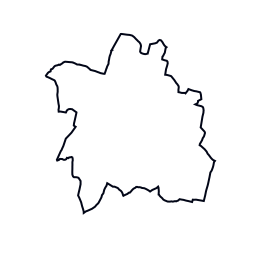 Kahama Township Authority, Shinyanga, United Republic of Tanzania, rotated 194°
{"feature_id": "72390352B16659808480234", "entity_name": "Kahama Township Authority", "entity_type": "district", "adm_level": 2, "iso_a3": "TZA", "parent_name": "United Republic of Tanzania", "parent_adm1": "Shinyanga", "projection": "natural_earth1", "projection_center": [32.63, -3.838], "detail": "fine", "context": "isolated", "style": "outline", "palette": "ink", "viewbox_px": 256, "rotation_deg": 194, "n_neighbors": 0, "source": "geoboundaries", "source_scale": "gbopen_adm2", "svg_char_len": 5400}
<svg xmlns="http://www.w3.org/2000/svg" viewBox="0 0 256 256"><g transform="rotate(194 128 128)"><path d="M35.7,117.1L36.5,117.3L37.6,117.5L39.0,118.2L39.9,118.8L40.5,119.2L41.9,120.4L42.3,120.7L43.0,121.3L44.5,122.3L46.0,124.1L48.6,126.0L49.8,126.6L53.0,128.3L54.3,128.6L54.4,129.9L53.2,134.0L53.0,136.2L52.7,137.1L52.3,138.0L52.2,139.1L52.1,141.7L52.3,142.3L52.7,142.8L53.3,143.3L54.7,144.2L57.6,146.1L58.5,157.1L58.5,160.8L58.6,161.6L58.8,162.6L58.9,163.5L59.3,164.4L59.7,165.4L60.2,166.2L60.9,166.6L62.1,166.9L66.5,166.9L67.3,167.0L68.4,167.2L67.3,168.1L66.9,168.5L66.5,169.2L66.4,170.2L66.5,170.8L66.6,171.2L63.8,173.7L65.3,177.9L66.1,179.4L66.7,180.1L68.2,180.1L69.4,180.1L70.8,180.1L71.6,180.0L72.8,179.9L74.3,180.0L75.0,180.0L76.0,180.1L78.8,180.4L79.2,178.6L80.6,175.5L81.3,175.8L82.0,175.6L82.7,175.4L83.7,175.2L84.7,175.0L85.9,175.1L87.7,175.0L88.3,177.2L88.6,179.7L88.7,180.0L89.0,180.8L90.7,182.4L92.2,183.4L93.2,184.4L94.0,185.1L94.5,185.6L98.6,188.7L99.1,188.8L101.4,188.9L103.2,188.9L104.8,188.7L105.3,194.2L105.1,197.8L105.1,200.3L105.7,201.9L106.6,202.6L109.0,202.6L111.4,202.8L111.6,203.9L111.7,204.7L111.8,205.6L111.3,206.6L110.9,208.6L110.5,209.9L110.8,214.7L110.2,215.7L110.8,215.9L112.5,216.8L113.8,218.0L115.3,219.6L117.1,221.0L118.5,221.1L119.5,220.3L120.6,217.8L122.2,216.7L126.8,214.6L126.9,204.9L127.7,204.6L128.4,204.1L129.3,203.8L130.6,203.7L131.1,203.7L132.4,203.8L133.7,204.1L134.7,205.0L134.9,206.6L135.2,210.7L136.0,212.3L137.4,213.7L137.8,214.0L139.1,214.6L140.0,215.2L141.0,215.8L142.2,216.5L143.2,217.2L144.0,217.7L144.2,217.8L145.0,218.1L146.0,218.6L146.8,218.7L149.0,218.7L151.5,218.3L152.4,218.2L155.2,217.9L157.0,217.7L157.8,217.4L160.7,206.9L161.5,204.0L161.7,203.2L162.4,200.6L162.8,199.3L162.7,199.3L162.8,199.2L162.6,199.0L162.8,198.6L162.8,197.4L162.8,197.2L162.8,196.1L162.8,195.7L163.0,194.3L163.1,193.6L163.1,193.3L163.1,192.1L163.1,191.6L163.0,190.7L162.9,189.3L162.9,189.0L162.9,188.7L162.8,187.3L162.6,186.6L162.5,186.0L162.5,184.9L162.8,184.1L162.8,183.9L162.9,183.5L163.1,182.6L163.2,180.7L163.3,180.6L163.4,179.4L163.5,177.7L163.8,174.9L164.2,174.8L165.4,174.7L168.0,174.6L169.2,174.8L171.3,175.0L173.6,175.3L178.5,175.3L178.8,175.6L181.7,177.1L182.5,177.5L183.5,177.7L184.4,177.8L186.6,177.7L189.1,177.8L189.9,177.8L190.1,177.8L190.1,177.7L190.7,177.7L191.8,177.5L192.8,177.3L194.7,177.8L196.4,178.1L197.1,178.1L197.4,178.3L199.6,178.0L199.9,177.9L200.0,177.9L201.2,177.7L202.0,177.6L205.1,177.1L205.9,176.5L206.4,176.2L206.8,175.8L207.1,175.2L207.6,174.6L208.0,174.2L208.4,173.8L208.5,173.6L208.7,173.4L209.2,173.1L209.4,172.7L210.0,172.8L210.4,172.8L210.6,172.6L210.9,172.3L211.2,172.1L212.0,171.6L212.9,171.2L213.6,170.7L213.8,170.6L214.4,169.8L215.1,168.2L215.5,167.3L216.0,166.8L216.5,166.6L216.9,166.3L217.0,165.8L216.9,165.2L216.8,164.8L216.8,164.5L216.9,164.1L217.2,164.0L217.7,163.6L218.0,163.3L218.2,163.2L219.0,162.2L219.2,161.7L219.4,161.2L219.9,160.0L220.3,158.9L219.9,158.5L219.5,158.1L217.8,157.9L215.6,157.5L213.5,157.0L211.4,156.6L210.6,156.3L209.4,154.9L208.3,153.2L208.2,153.0L206.7,151.4L206.2,150.4L205.7,148.9L205.2,146.9L205.0,146.2L204.7,143.4L204.3,142.1L203.5,140.1L202.4,137.4L202.1,136.7L201.3,134.7L201.2,134.5L200.3,132.6L199.9,130.4L199.9,129.2L199.5,127.9L199.2,127.1L197.2,127.7L196.5,127.7L193.9,127.9L192.0,128.0L191.9,128.3L191.7,129.7L191.1,131.0L190.7,131.3L190.4,131.6L189.8,132.1L188.8,132.4L188.4,132.5L186.7,132.7L186.0,132.4L185.5,132.2L181.8,130.7L181.7,129.6L181.6,126.0L181.6,125.7L181.5,121.3L181.5,120.1L181.5,119.7L181.2,117.3L180.3,116.9L179.1,116.5L181.7,109.8L184.3,105.2L185.8,102.6L185.8,102.2L186.4,94.8L186.8,92.8L187.2,90.3L187.6,89.4L188.9,82.2L189.3,79.9L188.8,79.3L187.3,80.3L186.6,81.5L184.4,82.0L182.8,81.6L181.5,81.9L180.4,82.8L180.0,84.3L178.6,84.3L178.0,85.2L176.9,85.6L175.8,86.2L175.4,86.1L174.9,86.0L174.3,84.9L173.8,83.3L173.7,81.5L173.0,78.8L172.6,76.9L172.3,75.8L171.4,71.8L170.7,69.3L169.6,67.7L168.5,67.2L165.9,67.8L164.0,67.7L161.7,65.6L161.5,65.4L161.2,65.1L160.4,61.9L160.2,56.5L160.2,55.0L160.2,54.1L160.1,50.5L158.4,48.5L155.5,44.6L153.7,41.2L151.9,38.3L150.8,36.3L150.4,34.9L148.8,36.8L147.1,38.0L143.4,40.9L141.2,43.4L141.0,43.6L139.8,46.1L139.3,46.7L138.5,48.2L137.6,51.8L137.0,54.3L137.0,55.8L137.0,56.6L136.1,58.6L136.1,62.3L135.7,64.3L135.1,66.3L134.9,66.7L134.8,69.4L132.4,68.7L131.2,68.3L128.4,67.4L127.5,67.7L126.9,67.8L126.7,67.8L123.5,67.3L122.7,66.9L121.9,66.2L119.5,65.2L118.5,64.4L117.4,63.1L116.5,61.5L116.1,61.1L115.2,61.9L113.7,63.1L112.5,64.0L111.7,65.3L110.6,65.7L110.4,66.2L110.0,66.7L109.6,67.5L109.1,68.6L108.2,70.1L107.4,71.0L106.3,71.9L105.8,72.8L104.7,73.1L103.8,73.0L103.7,73.0L102.3,73.4L101.1,73.4L100.3,73.3L100.0,73.2L97.6,73.5L95.9,73.2L95.1,73.0L93.9,72.7L92.6,72.3L91.2,71.7L89.5,73.7L85.8,76.6L85.0,77.8L84.6,78.4L84.0,77.6L82.8,74.1L82.2,70.9L81.8,70.9L81.1,70.1L80.0,69.3L78.6,68.6L77.7,68.1L76.6,67.2L75.1,66.7L73.0,66.4L71.8,66.2L71.1,66.4L70.7,66.4L70.3,66.5L69.5,66.7L68.2,67.3L66.7,67.4L64.7,68.4L63.5,68.5L62.6,69.2L61.8,69.7L60.7,71.4L58.9,71.5L56.7,71.7L54.0,71.6L51.9,71.7L49.3,71.7L48.3,71.7L47.9,71.7L47.8,73.7L47.8,74.1L47.4,74.2L46.8,74.3L44.7,74.9L44.1,75.0L43.8,75.0L36.8,75.5L36.8,80.6L36.8,81.2L37.0,85.3L37.0,86.7L36.8,91.3L36.8,93.3L37.0,99.1L37.0,99.6L37.3,104.8L37.1,105.3L36.6,106.7L36.5,107.0L36.2,109.7L36.1,111.1L36.1,112.4L36.3,115.7L35.7,117.1Z" fill="none" stroke="#020617" stroke-width="2"/></g></svg>